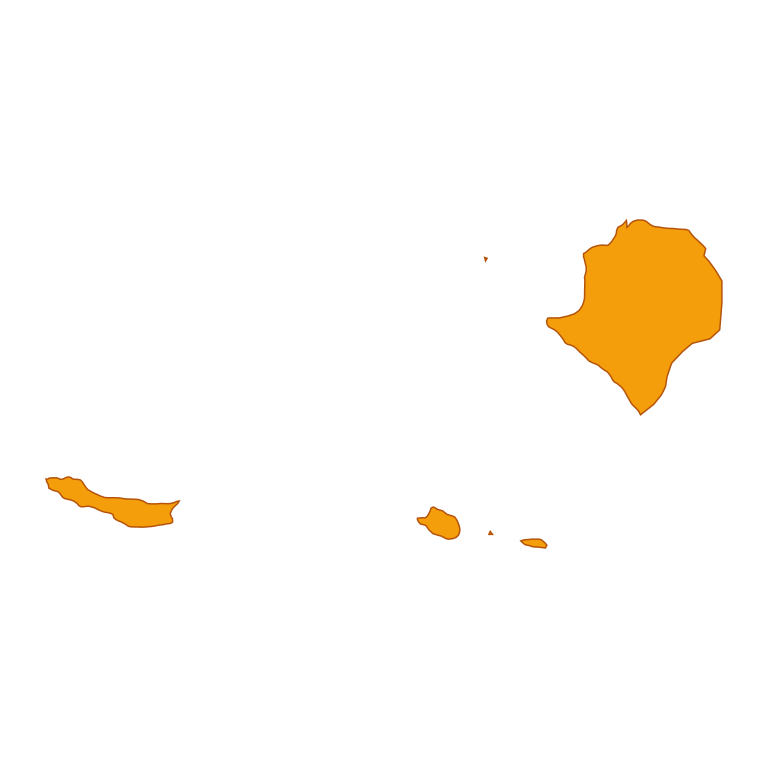 the district of Qalansiyah wa Abd Al Kuri, Hadramawt, Yemen
{"feature_id": "15242507B10596271459975", "entity_name": "Qalansiyah wa Abd Al Kuri", "entity_type": "district", "adm_level": 2, "iso_a3": "YEM", "parent_name": "Yemen", "parent_adm1": "Hadramawt", "projection": "equal_earth", "projection_center": [53.013, 12.411], "detail": "fine", "context": "isolated", "style": "filled", "palette": "amber", "viewbox_px": 768, "rotation_deg": 0, "n_neighbors": 0, "source": "geoboundaries", "source_scale": "gbopen_adm2", "svg_char_len": 4396}
<svg xmlns="http://www.w3.org/2000/svg" viewBox="0 0 768 768"><path d="M705.7,248.5L705.1,247.8L703.2,245.7L700.9,243.5L699.0,241.7L697.0,239.8L694.8,238.0L692.8,235.8L691.0,233.6L688.8,230.5L686.2,229.5L683.7,229.4L681.0,229.2L678.1,229.1L675.5,228.7L672.5,228.5L669.7,228.4L669.3,228.4L669.2,228.4L667.1,228.3L666.9,228.3L664.7,228.0L662.2,227.7L659.4,227.1L657.1,226.9L656.5,226.9L655.5,226.7L654.1,226.5L651.7,225.4L649.6,224.1L647.3,222.2L645.1,220.8L642.8,220.1L640.5,220.1L638.0,220.0L635.7,220.5L634.2,221.0L633.0,221.5L630.6,223.2L630.5,223.3L628.8,225.7L626.8,227.3L626.8,223.8L626.7,222.7L626.4,220.4L624.4,222.8L622.5,224.8L620.4,226.0L618.3,227.2L618.0,227.4L617.9,227.5L616.6,230.4L616.3,233.5L615.2,236.3L613.6,238.6L611.9,241.3L610.2,243.3L607.8,245.4L605.3,245.3L602.9,245.1L600.6,245.2L597.7,245.7L595.1,246.4L592.8,247.1L590.5,248.4L588.2,250.2L586.1,252.2L583.6,253.5L583.6,256.9L584.5,259.8L585.2,263.0L586.1,266.7L586.2,270.9L585.4,274.2L584.5,277.3L584.9,280.4L584.8,284.3L584.7,288.4L584.6,292.5L584.6,296.2L584.3,299.6L583.4,302.9L582.2,305.9L580.6,308.3L579.1,310.4L577.1,312.0L574.2,313.9L571.7,314.7L569.2,315.6L566.7,316.3L564.4,316.8L561.8,317.4L559.4,317.9L557.0,317.9L553.8,318.0L551.2,317.9L547.8,318.1L547.7,318.2L546.6,320.8L547.0,324.1L548.5,326.6L550.6,327.8L554.2,329.6L557.2,331.9L559.6,334.7L561.8,337.4L563.5,339.8L565.0,342.6L567.6,344.3L570.8,345.1L573.2,346.2L575.3,347.5L577.6,349.7L579.7,351.9L581.7,353.7L583.7,355.5L586.6,358.3L588.4,360.5L590.6,361.9L593.6,363.2L598.3,365.1L600.4,367.2L602.7,368.9L604.8,370.4L607.2,371.7L609.2,374.2L610.8,376.4L612.6,379.9L614.4,382.0L615.6,382.7L616.7,383.2L619.6,385.5L621.5,387.2L623.4,389.5L625.1,392.2L626.5,394.8L628.0,397.5L629.9,400.9L631.4,403.5L633.4,405.8L635.6,407.8L637.7,409.9L639.2,412.2L639.9,413.6L640.5,414.8L653.7,404.4L660.9,395.5L663.4,391.1L665.6,386.2L667.0,376.9L670.4,366.6L671.8,362.9L679.6,354.7L682.5,351.6L692.3,343.3L692.8,343.2L710.0,338.8L719.7,329.9L721.9,302.9L721.9,299.0L721.9,281.0L715.3,270.0L708.9,261.2L704.0,255.8L705.3,250.2L705.7,248.5ZM73.0,479.1L70.6,477.4L68.3,476.9L65.9,477.6L63.6,478.8L61.1,479.5L58.8,478.6L56.5,477.8L54.1,477.8L51.6,477.9L49.3,478.1L47.1,479.4L46.1,479.0L46.8,482.0L48.3,484.5L48.8,488.1L51.0,489.3L53.4,490.5L55.8,491.0L58.3,491.9L60.3,494.0L62.4,497.0L64.5,498.5L67.0,499.1L69.8,499.7L72.3,500.5L74.5,501.5L77.2,503.5L78.9,505.7L81.2,506.8L83.6,506.7L85.9,506.4L88.3,506.1L90.6,506.7L93.2,507.4L95.6,508.3L97.8,509.5L100.3,510.6L102.6,511.5L104.9,512.2L107.5,512.6L110.7,513.3L113.0,514.7L113.8,517.7L115.8,519.5L118.5,520.9L121.1,521.9L123.3,523.0L125.7,524.4L128.2,526.1L130.5,526.8L133.3,526.9L135.6,527.0L138.0,527.0L140.3,527.1L143.0,527.1L145.5,527.0L148.0,526.7L150.5,526.6L152.9,526.3L155.6,525.8L158.1,525.3L160.5,524.9L163.1,524.7L165.4,524.1L167.7,523.7L170.3,523.5L172.6,522.2L172.5,518.9L171.1,516.5L170.2,513.5L171.4,510.6L173.0,508.0L175.1,505.9L177.6,503.6L179.2,501.0L176.8,501.4L174.5,502.5L172.3,503.1L170.0,503.6L167.7,503.7L164.9,503.6L162.6,503.5L160.3,503.5L157.7,503.8L154.9,503.9L152.5,503.9L150.1,503.8L147.5,503.6L145.4,502.4L143.0,501.0L140.7,500.2L138.3,499.5L135.9,499.3L133.1,499.2L130.8,499.1L128.4,499.1L126.1,498.9L123.7,498.7L121.4,498.2L118.6,497.9L116.1,497.8L112.6,497.7L109.3,497.8L107.0,497.7L104.6,497.5L102.3,496.7L100.1,495.9L97.2,494.5L94.7,493.4L92.4,492.3L89.8,490.8L87.7,489.5L85.9,487.4L84.1,484.7L82.3,481.9L80.3,479.9L77.8,479.4L75.4,479.3L73.0,479.1ZM454.7,517.0L452.4,516.0L450.1,515.3L447.2,514.5L444.8,512.6L442.7,510.9L440.4,510.2L438.0,509.6L435.6,508.2L433.4,507.0L431.1,508.1L430.0,511.4L428.6,514.0L427.0,516.5L424.9,518.0L422.5,517.7L420.0,518.0L417.5,518.2L417.4,519.6L418.7,522.1L420.5,524.0L423.1,524.6L425.6,525.3L427.3,527.5L429.1,530.0L431.0,531.8L433.3,533.8L436.1,534.6L438.5,535.4L441.1,536.0L443.6,537.3L446.0,538.6L448.5,539.2L451.6,538.8L453.9,538.3L456.6,537.1L458.7,534.8L459.7,531.7L459.8,528.4L459.0,525.5L458.0,522.7L456.6,519.7L454.7,517.0ZM546.9,545.2L545.2,543.1L543.2,541.3L541.0,539.6L538.5,539.1L536.2,539.2L533.8,539.1L531.1,539.2L528.1,539.6L525.5,539.7L523.1,540.1L520.8,540.9L523.2,543.2L525.4,544.8L527.8,545.2L530.2,545.9L532.9,546.8L535.8,547.0L538.2,547.1L541.7,547.5L545.4,548.0L546.9,545.2ZM492.5,534.4L490.2,531.4L488.9,534.4L492.5,534.4ZM487.1,258.3L484.7,257.5L485.5,260.8L487.1,258.3Z" fill="#f59e0b" stroke="#b45309" stroke-width="1.5"/></svg>